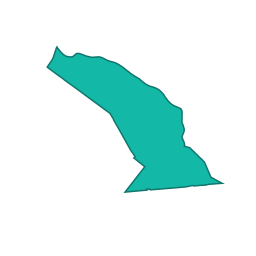 Ozolnieku pag., Ozolnieku, Latvia, rotated 42°
{"feature_id": "27541924B82010930676702", "entity_name": "Ozolnieku pag.", "entity_type": "district", "adm_level": 2, "iso_a3": "LVA", "parent_name": "Latvia", "parent_adm1": "Ozolnieku", "projection": "robinson", "projection_center": [23.771, 56.688], "detail": "fine", "context": "isolated", "style": "filled", "palette": "teal", "viewbox_px": 256, "rotation_deg": 42, "n_neighbors": 0, "source": "geoboundaries", "source_scale": "gbopen_adm2", "svg_char_len": 2853}
<svg xmlns="http://www.w3.org/2000/svg" viewBox="0 0 256 256"><g transform="rotate(42 128 128)"><path d="M21.0,115.3L21.1,115.8L21.1,116.1L25.4,125.9L25.6,126.8L25.9,127.9L26.1,128.9L26.1,129.1L26.7,133.2L26.7,133.3L27.2,136.8L31.4,136.5L31.5,136.4L32.1,136.4L37.6,135.9L42.4,135.4L42.7,135.3L42.8,135.3L47.4,134.8L47.9,134.9L68.7,132.7L73.1,132.3L73.5,132.3L89.4,130.7L104.7,129.2L105.8,129.5L106.8,129.8L107.9,130.1L109.0,130.5L110.2,130.8L111.4,131.2L111.8,131.6L122.8,135.2L145.4,142.9L145.8,142.9L147.8,143.4L148.3,143.5L149.9,143.9L150.3,144.0L152.1,144.5L152.5,144.6L152.4,146.4L154.9,146.2L166.4,145.5L168.7,177.6L183.7,161.4L183.3,161.2L182.9,160.7L184.6,159.0L185.0,159.3L186.0,158.7L186.2,158.8L204.1,139.8L210.6,132.8L212.8,129.8L213.6,128.7L214.3,127.7L215.0,127.3L215.6,126.8L215.8,126.9L216.1,126.6L217.2,125.4L218.0,124.6L218.7,123.8L219.2,123.2L224.0,118.3L223.8,118.2L224.8,117.0L225.7,115.9L226.1,115.4L226.3,115.2L227.4,114.0L228.7,112.7L229.5,111.8L230.0,111.3L230.5,110.8L230.9,110.3L231.4,109.8L231.9,109.3L232.4,108.8L232.9,108.2L233.3,107.8L234.5,106.6L234.9,106.2L235.0,106.1L227.6,107.9L224.1,108.7L222.6,109.1L207.6,102.2L205.9,102.2L204.0,101.9L203.3,101.8L202.8,102.0L199.8,101.9L198.7,101.8L197.7,101.7L196.8,101.7L195.6,101.7L195.1,101.7L193.8,101.6L192.3,101.5L190.7,101.5L187.1,101.3L186.4,101.6L185.4,102.2L184.4,102.7L184.2,102.8L182.7,103.5L182.1,103.9L181.6,102.9L180.2,101.7L178.8,100.9L176.8,100.0L175.5,99.3L174.1,98.5L173.4,97.1L172.8,95.1L172.3,93.9L171.3,92.0L170.3,91.1L169.0,90.2L166.7,88.9L165.7,88.4L164.6,87.9L163.9,87.5L163.3,86.6L162.8,85.9L162.4,85.4L161.7,84.8L161.1,84.1L160.5,83.3L159.8,82.6L159.1,81.8L158.7,81.3L158.1,80.5L156.6,79.2L155.4,78.6L154.0,78.4L153.0,78.7L152.9,78.8L151.2,79.3L149.7,79.8L148.1,80.4L146.7,80.8L145.5,81.0L144.2,81.2L143.2,81.2L141.5,81.1L139.9,81.1L136.9,80.5L135.2,80.2L134.0,79.9L132.5,79.4L131.1,79.1L129.6,79.0L128.0,78.9L126.0,78.9L124.7,79.1L122.4,79.6L121.4,80.0L120.8,80.2L120.6,80.3L120.2,80.4L119.3,80.8L117.3,81.8L116.3,82.3L115.0,82.7L113.7,83.1L111.9,83.5L110.8,83.7L109.7,83.7L108.2,83.8L107.0,83.9L105.9,83.9L104.0,83.9L103.1,84.0L101.7,84.3L99.3,84.8L97.3,85.1L95.8,85.4L94.2,85.6L92.9,85.7L91.0,85.8L88.7,86.0L86.6,86.1L81.9,86.5L78.0,87.2L76.6,87.6L75.3,87.9L74.2,88.4L72.0,89.4L69.5,90.7L68.8,91.0L68.0,91.3L66.9,91.7L65.9,92.0L64.7,92.2L64.1,92.4L63.2,92.7L62.3,92.9L61.5,93.2L60.8,93.5L59.7,94.0L58.8,94.6L58.1,95.3L57.5,95.9L56.4,97.0L55.9,97.5L55.7,97.7L55.2,98.4L53.7,99.7L53.5,99.9L50.4,101.6L48.8,102.5L47.9,102.9L46.5,103.4L44.9,104.0L42.7,104.9L41.7,105.4L40.7,106.3L40.0,107.1L39.8,107.7L39.6,108.3L39.6,110.1L39.1,112.0L38.8,112.5L38.0,113.5L37.0,114.2L36.1,114.9L35.2,115.4L34.2,115.9L33.2,116.3L31.0,116.6L29.8,116.7L27.7,116.5L26.7,116.4L24.5,116.1L21.9,115.6L21.0,115.3Z" fill="#14b8a6" stroke="#0f766e" stroke-width="1.5"/></g></svg>